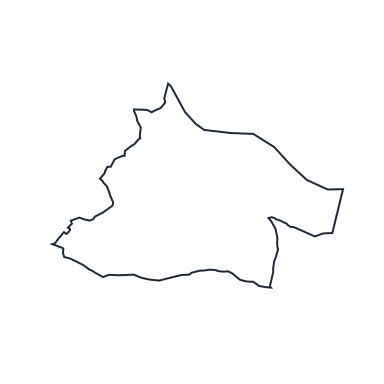 Udenu, Enugu, Nigeria (Mercator projection), rotated 347°
{"feature_id": "59680162B44643250914735", "entity_name": "Udenu", "entity_type": "district", "adm_level": 2, "iso_a3": "NGA", "parent_name": "Nigeria", "parent_adm1": "Enugu", "projection": "mercator", "projection_center": [7.531, 6.881], "detail": "fine", "context": "isolated", "style": "outline", "palette": "slate", "viewbox_px": 384, "rotation_deg": 347, "n_neighbors": 0, "source": "geoboundaries", "source_scale": "gbopen_adm2", "svg_char_len": 2014}
<svg xmlns="http://www.w3.org/2000/svg" viewBox="0 0 384 384"><g transform="rotate(347 192 192)"><path d="M339.8,223.2L324.8,220.1L310.6,209.2L306.6,206.1L293.5,186.8L285.0,171.7L282.2,166.7L264.8,149.2L242.2,143.0L238.4,141.6L217.9,134.3L210.9,126.4L203.1,112.4L196.9,90.0L195.3,84.4L193.1,81.1L186.2,94.1L186.0,98.7L183.8,100.5L180.2,103.2L176.3,103.8L170.5,105.2L166.7,101.9L154.2,98.5L153.7,100.0L154.8,105.7L154.6,110.2L156.6,117.7L153.7,125.7L153.8,127.8L151.8,128.7L146.6,132.5L143.0,133.6L135.9,136.9L134.5,141.6L132.8,141.1L126.7,142.1L123.9,142.8L118.5,149.1L115.1,148.4L113.4,150.6L112.0,152.2L111.1,153.9L109.3,155.4L105.3,158.4L107.3,161.1L107.7,162.7L108.2,163.6L110.3,167.2L111.5,174.8L111.3,175.0L111.5,177.4L112.7,183.4L112.8,184.8L111.4,187.4L100.5,192.0L92.3,194.0L92.2,194.0L89.3,196.4L86.0,196.8L82.2,195.2L76.4,191.6L67.5,192.7L67.8,195.9L63.0,198.9L64.4,200.1L64.8,200.7L64.7,201.6L63.9,202.1L63.3,202.7L62.0,203.8L60.2,204.6L59.4,203.9L58.8,202.9L58.2,202.3L51.1,207.6L47.5,210.8L46.9,211.2L44.2,211.4L53.4,217.5L53.8,218.4L52.5,222.9L52.9,226.6L55.8,228.1L57.9,229.1L59.6,230.5L63.6,233.7L66.6,236.2L69.1,238.2L71.1,240.3L74.7,244.7L75.7,245.2L78.1,247.3L79.6,249.0L86.2,254.9L90.0,254.3L91.8,254.0L94.0,254.4L102.1,256.7L116.5,259.4L123.9,264.5L131.3,267.9L140.0,270.9L148.7,270.7L163.3,270.5L170.7,271.9L172.1,271.3L173.5,270.6L178.1,270.5L182.2,270.4L184.1,270.9L187.8,271.4L192.0,271.7L197.2,273.3L200.0,275.1L204.6,276.6L206.8,277.1L209.0,277.3L212.7,280.1L214.5,282.4L216.8,285.5L218.9,288.2L223.7,290.9L227.4,292.2L231.4,293.2L236.4,298.8L243.9,301.8L247.4,302.9L246.7,301.3L252.4,289.8L253.2,287.9L253.9,284.8L256.3,278.4L259.0,274.3L262.3,268.5L263.0,266.9L262.8,264.8L263.4,261.3L264.9,255.9L265.1,247.1L264.3,243.8L262.6,238.2L260.7,234.7L263.3,234.4L265.9,235.4L267.7,237.4L272.4,240.2L274.3,242.2L276.6,243.4L277.9,245.7L279.9,248.0L283.2,249.1L285.2,250.5L300.9,262.3L301.6,262.9L310.8,261.9L319.5,263.6L339.8,223.2Z" fill="none" stroke="#1e293b" stroke-width="2"/></g></svg>